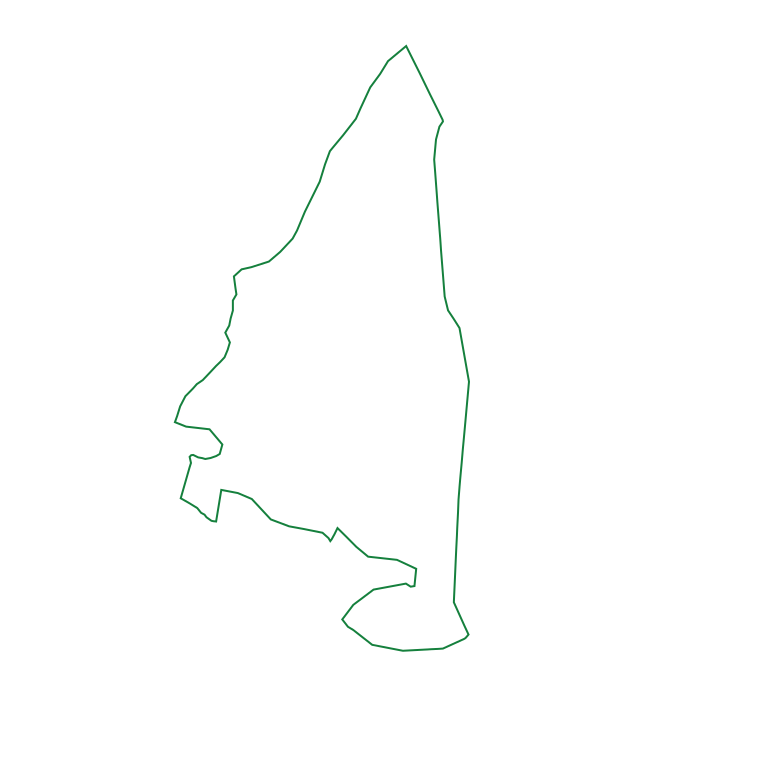 the district of Mai'Adua, Katsina, Nigeria, rotated 51°
{"feature_id": "59680162B73440349718888", "entity_name": "Mai'Adua", "entity_type": "district", "adm_level": 2, "iso_a3": "NGA", "parent_name": "Nigeria", "parent_adm1": "Katsina", "projection": "mercator", "projection_center": [8.237, 13.149], "detail": "fine", "context": "isolated", "style": "outline", "palette": "green", "viewbox_px": 768, "rotation_deg": 51, "n_neighbors": 0, "source": "geoboundaries", "source_scale": "gbopen_adm2", "svg_char_len": 1869}
<svg xmlns="http://www.w3.org/2000/svg" viewBox="0 0 768 768"><g transform="rotate(51 384 384)"><path d="M604.0,536.1L618.0,516.8L619.4,514.8L624.1,508.4L626.7,504.7L632.6,481.9L632.7,480.3L631.9,476.0L622.3,473.6L597.6,467.1L577.1,448.9L565.8,438.9L556.7,430.8L547.9,422.9L542.2,417.9L530.4,407.3L520.7,398.8L510.8,389.4L505.5,384.3L493.8,372.9L483.9,363.4L478.5,358.1L467.1,347.0L435.7,316.5L418.9,307.2L388.0,290.1L376.8,288.8L367.1,287.9L354.2,281.8L343.3,274.3L335.3,268.8L315.9,255.5L311.8,252.6L306.1,248.6L302.3,246.0L292.3,239.1L276.3,228.1L269.7,223.5L252.1,211.3L241.2,203.8L226.7,189.7L218.9,179.0L217.1,173.0L215.6,172.2L206.5,170.1L188.0,166.0L164.8,160.6L135.3,154.1L135.4,163.2L135.6,177.7L140.6,191.9L144.8,208.0L155.0,228.8L160.2,238.9L164.9,259.1L168.1,275.2L169.0,279.5L176.2,291.6L186.3,306.6L200.3,337.0L210.0,355.0L213.5,363.5L216.0,381.5L216.4,396.4L209.7,413.6L205.3,422.5L205.9,432.9L216.2,439.2L221.5,442.3L224.0,448.9L231.8,455.2L236.6,462.0L241.2,467.5L244.2,475.0L254.7,477.6L259.0,483.9L262.9,491.1L263.8,497.4L264.3,503.2L265.5,511.7L266.9,522.4L266.3,529.6L267.3,535.4L268.5,546.0L273.1,556.5L278.7,564.9L282.1,570.5L292.6,564.6L309.4,548.1L329.3,547.7L335.0,555.7L334.4,559.7L332.4,565.3L329.8,570.1L327.2,571.9L324.1,574.6L319.1,576.9L318.0,578.6L318.3,580.9L323.9,583.7L326.4,587.5L344.9,613.9L353.0,610.7L362.9,607.2L369.0,607.2L372.6,605.7L375.0,605.8L375.9,605.8L381.7,604.2L383.3,602.9L385.2,601.0L363.9,577.1L376.8,566.2L390.2,559.1L418.0,557.2L434.9,547.3L446.2,537.6L460.9,525.4L468.8,524.1L472.3,524.6L471.8,522.5L471.2,521.0L470.4,519.1L469.8,517.5L468.5,514.7L466.7,510.8L479.1,509.4L493.1,508.0L508.2,505.0L528.8,484.6L547.9,475.3L560.2,487.5L558.3,490.8L552.9,492.6L537.2,521.5L536.3,546.8L540.7,564.6L550.0,564.8L555.8,562.7L579.3,557.3L603.2,537.2L604.0,536.1Z" fill="none" stroke="#15803d" stroke-width="2"/></g></svg>